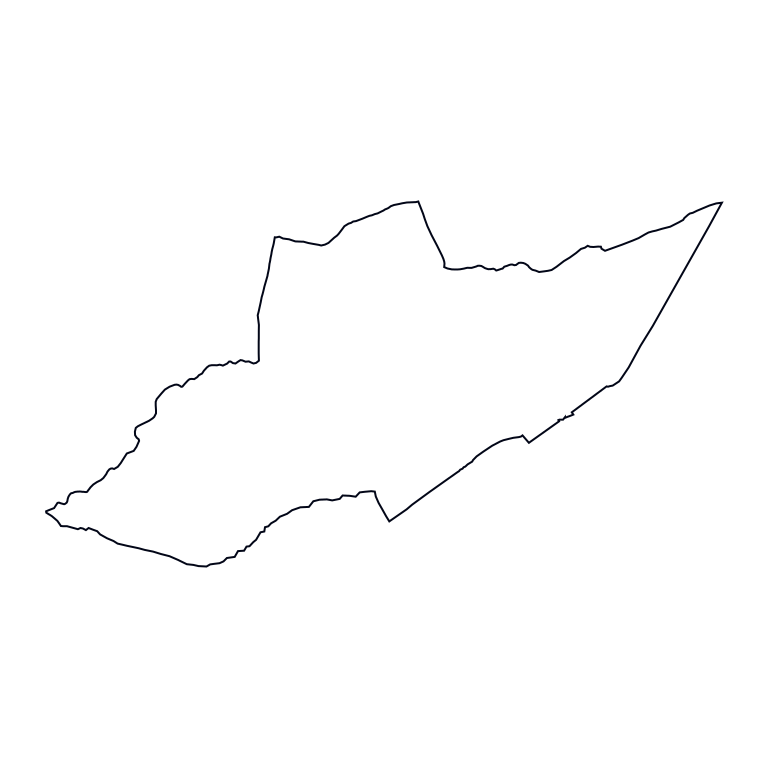 outline of Tenancingo, Tlaxcala, Mexico
{"feature_id": "50627088B17817736589505", "entity_name": "Tenancingo", "entity_type": "district", "adm_level": 2, "iso_a3": "MEX", "parent_name": "Mexico", "parent_adm1": "Tlaxcala", "projection": "albers", "projection_center": [-98.196, 19.15], "detail": "fine", "context": "isolated", "style": "outline", "palette": "ink", "viewbox_px": 768, "rotation_deg": 0, "n_neighbors": 0, "source": "geoboundaries", "source_scale": "gbopen_adm2", "svg_char_len": 4877}
<svg xmlns="http://www.w3.org/2000/svg" viewBox="0 0 768 768"><path d="M46.3,512.7L48.7,514.2L50.1,515.0L51.8,516.1L54.4,518.3L57.4,520.9L59.3,523.6L60.9,526.0L63.0,526.2L67.0,526.2L77.9,529.2L80.5,528.0L82.9,528.5L85.9,530.1L88.6,528.0L93.0,529.7L97.2,531.2L100.1,534.4L107.1,538.3L113.5,541.0L117.6,543.6L122.4,544.7L127.0,545.8L134.7,547.4L138.9,548.3L144.7,549.9L153.1,551.6L160.9,554.0L169.5,556.2L178.7,560.2L179.0,560.4L186.8,564.2L193.3,564.9L198.6,566.1L206.5,566.5L210.2,564.4L214.5,563.8L219.5,563.2L223.5,561.4L224.1,560.8L224.2,560.7L226.9,558.0L234.7,556.9L238.0,551.1L244.1,550.7L246.5,546.6L249.5,546.2L253.3,542.1L256.1,539.8L260.5,532.3L264.3,531.5L265.0,527.2L268.3,526.3L271.1,523.3L275.7,520.7L279.9,516.7L287.1,513.8L292.1,510.2L300.4,507.3L308.9,506.9L313.3,501.3L313.4,501.2L313.6,501.2L319.6,499.7L326.9,499.4L332.2,500.4L339.7,498.9L342.6,495.5L349.6,495.8L355.7,496.7L359.7,492.4L364.6,491.8L371.3,491.2L374.8,491.6L375.8,496.5L378.6,502.9L382.2,509.2L386.1,516.2L389.3,521.4L406.7,509.3L412.1,504.7L429.6,491.9L448.2,478.7L457.7,472.0L459.0,471.2L460.2,469.7L462.5,468.7L463.7,467.2L465.3,466.6L467.6,464.4L472.2,461.6L473.0,460.1L476.6,456.4L483.2,451.7L492.2,445.7L500.2,441.5L503.5,440.2L509.1,438.8L513.4,437.8L518.8,437.1L520.9,436.6L522.5,435.4L528.9,442.8L559.1,421.3L558.4,420.1L559.3,419.7L563.0,419.7L564.9,417.3L564.9,417.9L567.3,416.9L569.3,416.2L571.6,415.3L573.3,414.6L571.8,412.3L606.6,386.4L608.0,386.7L610.0,386.1L612.7,385.6L619.1,381.4L621.7,377.8L628.7,367.4L640.6,345.6L652.8,325.9L709.2,226.0L721.9,202.7L716.3,203.4L709.5,205.5L704.5,207.6L697.1,210.7L692.8,212.8L689.9,213.5L688.0,214.8L684.3,218.1L683.2,219.9L678.7,222.4L670.2,226.7L661.6,228.9L656.0,230.6L652.3,231.4L648.5,232.5L644.8,234.5L638.6,238.1L632.6,240.6L622.0,244.7L605.0,250.8L601.5,248.7L600.9,246.7L598.0,246.6L593.4,247.0L590.1,246.8L587.7,245.8L584.9,247.7L581.0,248.9L576.1,253.0L569.7,257.6L563.9,261.1L556.5,266.8L551.6,270.0L548.0,270.8L544.5,271.3L539.1,272.0L535.6,270.6L532.4,269.8L530.9,268.8L529.2,267.3L528.0,265.6L525.3,263.8L523.3,263.0L520.8,262.7L518.8,262.9L517.6,263.8L516.0,265.0L514.3,265.2L512.9,264.7L512.1,264.5L510.5,264.6L508.9,265.1L507.2,265.8L504.3,266.7L502.6,268.6L501.5,268.8L500.1,269.3L497.4,270.2L496.2,270.5L494.8,269.3L493.3,268.7L490.8,269.1L489.6,269.1L488.3,269.2L486.6,268.7L484.9,268.1L483.0,266.9L481.4,266.0L479.4,265.7L477.7,265.8L476.5,266.4L474.9,266.9L471.5,267.9L467.2,267.8L463.9,268.6L460.0,269.3L457.0,269.5L451.9,269.4L447.5,268.5L444.2,267.1L444.5,263.6L444.2,261.5L443.4,258.9L441.9,255.4L437.1,245.7L431.6,235.2L427.4,226.2L424.8,219.1L423.1,213.8L418.5,202.1L418.3,201.5L416.7,201.9L415.8,202.1L406.8,202.5L402.1,203.3L399.1,204.0L394.0,205.0L390.8,206.2L388.4,208.0L386.7,208.8L385.1,209.4L383.5,210.5L381.6,211.4L377.6,213.4L374.8,214.1L371.9,215.3L369.5,215.8L366.9,216.8L362.4,218.7L356.0,221.1L353.2,221.5L351.0,222.9L348.6,223.6L344.4,226.2L341.9,229.6L338.6,233.9L337.0,235.6L334.2,237.7L328.5,242.9L325.0,244.6L321.2,245.5L318.9,244.9L313.1,243.9L308.3,243.0L303.5,241.7L302.8,241.7L295.3,241.4L289.1,239.3L283.0,238.5L279.3,236.7L276.2,237.4L274.8,237.3L274.4,239.6L273.7,243.6L273.2,245.7L272.3,249.0L271.7,251.9L271.3,254.5L270.7,257.3L270.4,258.9L270.2,260.4L269.8,262.4L269.5,263.6L269.4,264.4L269.3,265.3L268.9,268.7L268.3,271.6L267.6,274.9L267.5,275.8L266.9,277.9L265.9,281.4L264.4,286.6L263.7,289.7L263.1,292.1L262.5,294.4L261.7,297.1L260.7,302.3L258.7,311.4L257.7,315.3L257.9,316.6L258.0,317.8L258.9,324.9L258.8,331.1L258.8,332.8L258.8,338.6L258.7,341.4L258.7,342.2L258.7,347.7L258.7,352.6L258.7,353.2L258.8,357.2L258.9,360.2L258.9,360.7L256.1,362.9L253.5,363.5L251.1,362.5L248.8,361.4L245.5,361.7L242.4,360.4L240.5,360.1L238.3,361.5L235.5,363.5L232.9,363.1L230.6,361.5L229.2,361.5L227.1,363.6L222.9,365.6L221.3,365.1L219.6,364.7L216.9,365.3L214.8,365.2L211.7,365.2L209.2,365.7L207.0,367.3L203.9,370.7L202.1,373.5L198.9,375.2L197.3,377.1L194.3,379.1L191.4,378.9L189.5,379.2L188.0,380.4L184.8,383.8L182.4,386.6L181.2,386.8L180.0,385.9L178.1,384.9L176.5,384.6L174.6,384.8L169.6,386.7L164.9,389.6L161.4,393.5L156.7,399.1L155.7,401.8L155.7,405.3L156.0,410.2L156.0,413.4L154.2,416.9L152.7,418.3L149.0,420.8L141.1,424.6L137.8,426.3L135.8,427.9L134.9,431.7L135.1,435.2L136.7,437.7L138.7,439.3L139.1,440.9L136.5,446.8L133.7,450.9L126.8,453.5L122.6,460.1L120.8,463.0L117.8,466.8L114.1,469.0L112.2,468.4L110.7,468.6L109.3,469.4L107.5,471.6L106.2,474.2L103.3,478.1L100.7,480.2L96.9,482.1L93.3,484.5L90.5,487.3L88.0,490.6L87.7,491.0L87.3,491.7L86.2,492.1L84.9,492.0L83.5,491.8L82.2,491.8L81.0,491.6L79.4,491.5L78.6,491.6L77.5,491.6L76.8,491.7L75.1,491.9L73.8,492.4L72.6,493.0L71.2,493.2L69.9,494.4L68.5,496.6L67.8,498.6L67.3,501.3L66.7,502.6L65.2,503.8L64.1,504.2L60.8,503.3L59.0,502.6L57.5,502.9L54.1,508.1L48.7,510.2L46.1,511.3L46.3,512.7Z" fill="none" stroke="#020617" stroke-width="2"/></svg>